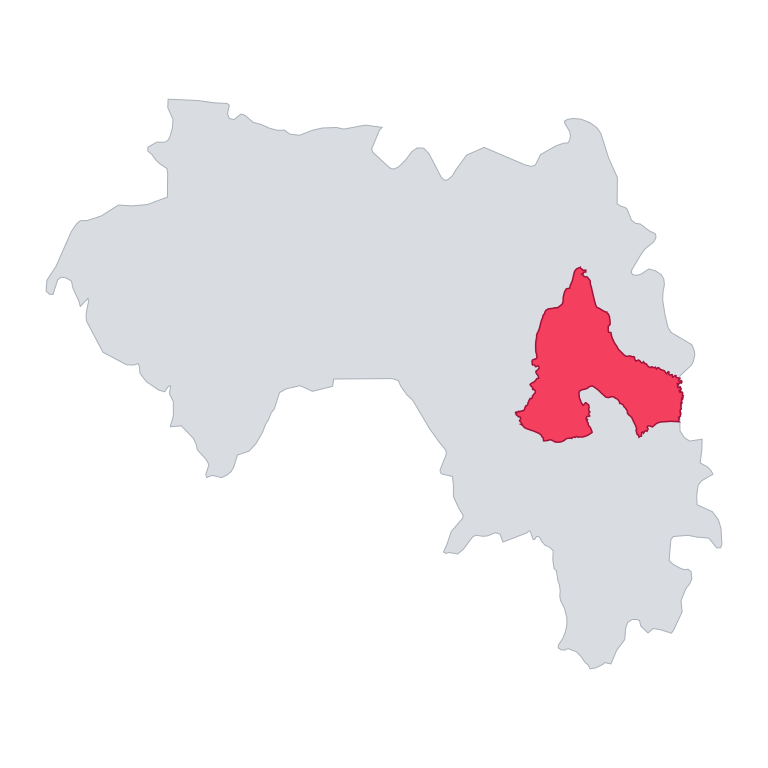 Kankan, Kankan, Guinea shown in context
{"feature_id": "49546643B29721322070698", "entity_name": "Kankan", "entity_type": "district", "adm_level": 2, "iso_a3": "GIN", "parent_name": "Guinea", "parent_adm1": "Kankan", "projection": "robinson", "projection_center": [-9.056, 10.226], "detail": "fine", "context": "in_parent", "style": "filled", "palette": "rose", "viewbox_px": 768, "rotation_deg": 0, "n_neighbors": 0, "source": "geoboundaries", "source_scale": "gbopen_adm2", "svg_char_len": 9749}
<svg xmlns="http://www.w3.org/2000/svg" viewBox="0 0 768 768"><path d="M482.9,536.3L475.9,535.2L472.7,536.8L463.4,549.2L457.7,554.0L449.0,552.5L445.8,553.4L443.5,552.0L446.7,545.1L451.2,531.6L462.8,518.0L463.0,515.2L458.3,507.2L453.4,496.4L453.4,484.8L452.4,476.4L442.3,474.1L440.4,472.7L440.1,469.8L445.9,455.4L446.3,452.4L445.6,449.8L439.4,442.4L429.6,428.7L412.9,400.5L406.7,394.6L400.7,386.0L398.4,380.6L392.2,378.6L333.7,379.0L332.6,386.3L312.5,391.3L300.0,385.6L286.2,388.9L279.5,392.6L274.3,409.0L271.3,412.6L268.4,419.9L265.7,424.0L262.6,432.1L256.0,443.6L249.1,451.1L237.4,455.1L233.7,467.3L231.0,471.8L226.5,475.3L221.6,477.6L212.1,475.3L206.7,477.5L205.8,474.4L208.9,464.8L206.4,459.8L197.3,449.8L196.4,445.0L193.6,438.7L181.5,425.9L170.2,426.7L173.4,415.9L173.3,401.6L169.5,393.8L170.5,385.8L168.4,386.3L164.6,391.8L158.5,390.0L146.2,381.5L140.0,373.3L139.3,366.2L138.0,363.5L134.2,365.0L126.5,364.8L103.0,352.3L86.4,320.9L86.1,313.8L88.5,301.6L88.0,298.3L80.3,306.4L78.8,300.9L73.0,288.3L71.4,281.0L65.7,277.8L61.2,277.2L57.7,279.7L53.0,294.4L49.6,294.3L46.1,291.2L46.9,280.2L56.0,266.4L71.3,231.6L76.8,223.6L80.2,220.8L87.4,220.5L101.4,215.9L118.5,205.0L131.6,205.9L147.1,204.6L167.4,197.1L167.7,173.7L167.0,168.6L159.9,163.9L155.7,159.8L152.1,154.7L147.8,151.0L147.9,147.1L156.9,142.1L165.1,142.2L167.9,140.3L169.9,136.9L172.3,128.5L173.1,119.6L167.8,107.7L168.1,99.2L197.7,100.5L214.0,102.8L227.2,103.5L229.3,105.4L227.5,113.6L229.2,118.4L233.7,119.7L241.1,114.0L245.0,115.3L253.3,122.4L261.0,124.4L269.4,128.2L277.3,130.3L284.4,130.1L289.7,134.1L299.6,135.3L312.3,130.3L322.4,128.0L336.4,127.5L343.8,129.1L365.3,125.1L382.1,127.4L379.5,130.1L371.7,148.8L372.6,152.1L389.7,167.9L393.8,169.1L398.5,167.0L405.9,159.6L411.7,151.7L417.3,147.9L423.8,148.2L429.0,153.7L441.2,177.2L444.3,180.1L447.2,180.1L452.5,175.7L455.3,170.6L466.6,155.1L484.1,147.4L525.6,165.1L531.7,166.4L535.3,165.1L540.5,154.6L556.2,145.7L563.7,143.2L568.0,142.9L569.6,140.1L570.4,135.8L569.6,131.4L564.8,123.4L564.6,121.1L567.4,119.5L573.3,118.4L581.1,119.2L589.8,122.6L596.8,127.6L600.9,133.5L608.7,158.2L617.4,177.6L617.1,203.7L621.0,206.3L625.2,207.4L627.2,209.4L631.5,220.2L635.5,223.3L640.3,224.0L649.3,230.9L655.1,233.6L655.9,235.7L655.7,238.5L653.4,242.1L644.7,249.3L640.4,255.4L631.6,270.2L631.3,272.9L633.2,274.9L636.9,275.3L640.8,274.3L648.9,268.9L655.4,270.8L661.5,274.9L663.8,279.1L664.4,284.7L663.0,292.0L662.7,300.0L664.8,313.8L668.0,327.5L671.3,332.6L691.8,344.7L693.8,349.2L694.9,354.3L693.4,361.3L691.3,365.2L680.0,375.9L678.3,381.1L679.2,390.6L680.0,430.9L684.4,437.7L689.7,441.1L702.1,439.2L701.8,450.4L700.1,462.9L707.3,466.8L711.0,470.6L713.0,474.2L701.6,480.8L698.3,484.7L696.7,495.2L697.1,504.8L712.5,511.8L718.4,519.8L721.0,528.3L721.9,544.1L720.6,547.8L716.6,547.8L708.8,538.1L696.9,537.1L688.1,535.3L673.4,536.5L670.9,539.4L669.1,560.5L672.7,564.0L679.7,568.0L684.3,569.7L688.2,569.2L691.1,571.8L691.8,578.8L689.7,583.8L685.9,588.6L681.0,600.7L682.1,611.9L673.8,629.7L671.4,633.2L660.4,629.7L653.2,628.5L648.0,633.0L640.8,626.1L639.5,620.6L636.9,619.5L632.1,619.5L627.6,622.5L625.7,628.1L624.7,639.6L616.6,650.4L610.9,663.9L604.4,662.6L603.0,664.3L596.0,667.8L590.0,668.8L588.4,665.1L584.9,662.2L581.0,656.5L576.6,651.9L568.1,648.6L564.8,650.1L560.8,649.7L558.2,647.9L558.5,645.1L563.0,638.1L565.5,631.6L566.9,624.6L566.9,617.9L564.5,608.4L560.7,600.9L559.8,596.5L560.2,590.3L559.4,584.5L558.1,581.5L556.3,570.6L554.1,568.6L552.8,559.8L553.2,550.8L549.9,547.4L544.8,545.0L541.7,541.4L539.9,537.5L538.0,536.4L536.4,536.6L535.0,539.1L533.2,539.6L530.2,531.2L529.0,530.8L526.9,532.8L503.0,542.1L500.0,534.2L495.4,532.7L487.5,535.9L482.9,536.3Z" fill="#d9dde1" stroke="#a8b0b8" stroke-width="1"/><path d="M679.1,421.7L678.5,421.1L679.0,419.1L679.4,418.6L679.3,418.4L678.6,417.6L678.6,417.3L679.1,417.3L679.5,416.7L680.3,416.2L680.4,415.1L680.8,414.3L680.8,413.8L680.6,413.3L680.0,413.0L680.1,412.8L680.6,412.8L680.7,412.6L680.3,411.7L680.3,411.0L680.0,410.5L680.5,409.4L681.1,409.3L681.3,408.7L680.9,406.5L681.2,405.9L680.7,405.2L681.2,404.0L680.6,403.5L680.8,403.1L682.0,403.0L682.1,402.8L681.5,401.3L681.5,400.1L682.5,399.6L682.5,399.4L681.7,398.7L681.7,398.4L681.9,397.9L682.8,398.3L683.0,397.7L682.9,396.8L683.2,395.7L682.7,395.7L682.3,395.3L682.2,395.1L682.6,394.4L682.5,394.0L682.7,393.3L682.5,392.5L682.1,392.1L681.8,391.9L681.3,392.0L680.6,392.3L679.9,392.2L679.4,391.8L679.3,391.4L679.6,390.2L679.8,390.1L680.3,390.5L680.5,390.7L681.1,389.0L681.1,388.6L680.8,388.1L680.2,387.7L680.4,387.2L680.3,386.9L679.5,386.9L678.5,387.7L678.2,387.8L677.8,387.4L677.4,385.9L677.6,385.4L678.3,385.1L678.6,384.8L678.5,384.6L677.3,384.0L677.2,383.8L677.5,383.4L678.9,383.6L680.6,382.8L681.2,383.1L681.5,383.0L681.7,382.7L681.8,381.3L681.4,380.7L680.9,380.7L679.8,381.5L679.4,381.4L678.8,380.9L678.6,380.4L678.7,380.0L679.0,379.7L679.9,379.1L680.0,378.3L678.4,377.9L677.1,377.8L676.0,376.9L676.0,375.7L675.3,375.5L672.6,377.1L672.1,375.7L672.3,374.8L671.6,374.6L669.7,375.0L668.8,374.4L669.1,372.2L668.3,371.7L667.7,372.2L666.7,373.8L665.7,372.8L664.6,371.0L663.5,370.4L661.6,369.9L660.0,369.1L658.6,367.6L657.3,368.0L656.4,369.0L655.4,367.2L654.8,367.5L653.1,367.7L652.3,366.8L651.4,366.8L650.4,367.6L649.1,367.0L647.4,365.6L646.4,363.9L645.1,363.8L643.5,361.7L642.6,362.8L641.4,362.8L640.0,361.0L638.6,360.0L635.9,361.0L635.9,360.6L635.3,360.3L634.5,358.7L634.6,357.3L633.7,356.6L632.0,356.8L630.8,356.1L629.2,355.9L627.2,356.4L625.3,355.9L623.7,354.6L618.5,349.4L617.7,348.0L616.8,346.3L614.4,342.8L612.0,337.5L611.5,335.6L610.9,332.5L610.1,332.4L609.5,332.5L608.7,332.3L608.7,332.1L608.4,331.8L608.4,331.1L608.2,330.6L608.3,330.2L608.2,329.8L608.3,327.9L608.2,326.8L608.1,326.4L609.4,325.2L610.1,324.5L610.0,320.9L609.5,317.0L608.9,315.3L608.3,313.9L607.0,313.0L606.9,312.1L605.1,311.8L601.5,309.8L599.7,308.6L596.7,307.2L595.5,304.6L595.2,303.1L594.6,301.3L591.9,289.6L591.3,286.9L590.5,284.5L590.1,280.6L587.2,277.0L584.2,276.5L581.7,274.2L583.1,273.9L583.6,272.3L585.9,271.9L585.7,270.1L583.3,270.3L580.2,267.7L580.2,267.3L578.2,268.2L576.8,268.7L575.6,269.9L574.5,271.5L573.4,275.9L572.9,278.3L572.1,281.4L570.5,284.6L569.7,288.2L566.4,288.8L564.8,291.3L563.9,294.2L563.2,297.4L563.1,301.7L562.6,302.7L562.5,303.4L562.2,304.1L559.8,306.1L558.9,306.7L558.3,307.2L557.2,307.8L555.5,307.7L552.9,308.3L548.3,308.9L546.3,310.0L545.2,311.4L544.6,313.4L543.0,315.5L542.7,317.4L542.1,318.8L541.1,321.6L540.6,323.4L540.0,326.1L539.3,328.6L538.3,331.3L537.1,333.6L536.6,335.2L536.6,337.8L536.2,339.1L536.1,340.1L535.8,342.3L535.7,343.7L535.7,344.4L535.6,347.2L535.8,348.3L535.7,350.3L535.9,351.9L536.1,352.9L536.6,354.1L536.7,355.0L536.5,355.7L536.9,356.4L537.1,357.2L536.7,358.2L536.3,358.6L533.1,359.7L532.4,360.1L532.1,360.8L532.0,361.5L532.1,362.0L532.2,364.1L532.5,364.9L533.0,364.7L533.5,364.8L534.4,365.1L534.7,365.3L535.1,366.1L535.4,366.5L535.8,366.8L536.4,366.6L537.0,366.1L537.8,365.9L538.4,366.1L538.7,366.5L539.1,367.5L539.2,368.0L538.0,369.5L537.3,370.3L536.4,370.8L535.9,371.3L535.9,371.7L535.9,372.2L536.4,373.5L537.1,374.5L537.4,374.7L538.3,376.2L538.4,377.2L538.7,377.9L538.7,378.2L537.5,378.6L536.8,378.6L536.3,379.4L534.9,381.1L533.8,382.1L532.1,382.9L531.0,383.6L530.1,384.4L530.1,384.8L530.6,385.6L531.5,386.4L532.6,387.7L532.8,388.1L532.7,388.6L532.5,388.8L532.7,389.4L533.0,389.7L534.1,389.5L535.0,390.5L535.4,390.8L535.4,391.4L535.1,392.0L535.2,392.6L535.1,392.9L534.0,394.0L533.6,394.4L533.4,394.9L532.3,396.1L532.5,396.5L532.5,397.5L532.3,397.9L532.0,398.2L531.7,398.2L531.1,398.8L530.7,398.7L530.4,398.4L530.1,398.4L529.2,400.1L528.0,402.8L527.8,404.2L527.5,404.9L526.9,405.5L526.4,405.9L525.9,405.8L525.7,405.9L525.1,407.4L524.7,408.2L524.6,409.1L524.2,409.8L524.1,410.1L523.5,410.4L523.2,410.7L522.7,410.7L522.1,411.2L521.7,411.1L521.4,410.9L520.5,411.4L520.0,411.4L519.8,411.7L519.3,411.8L518.8,411.3L518.6,411.3L518.2,411.5L517.9,411.9L517.7,412.1L516.8,412.0L515.8,412.2L515.5,412.4L515.5,412.9L516.1,413.0L516.4,413.4L516.3,414.0L516.0,414.4L515.6,414.3L517.1,415.4L518.7,416.9L520.1,416.9L520.8,418.7L519.7,420.3L519.5,420.8L521.0,422.3L521.9,424.1L520.8,424.3L522.7,425.4L523.5,426.6L524.6,427.7L526.3,428.5L530.9,430.2L533.3,430.9L539.0,433.4L541.0,434.8L542.0,436.8L543.3,438.1L543.4,439.8L543.6,440.9L547.8,440.5L549.0,440.1L550.5,439.7L552.2,440.4L554.8,441.8L556.1,442.2L559.9,442.1L562.4,441.4L564.5,440.3L565.8,439.0L567.0,438.5L570.2,438.0L571.7,438.5L572.1,438.0L573.0,437.2L574.1,437.0L575.0,437.5L576.5,436.5L578.1,437.2L579.9,437.0L582.8,437.0L586.9,435.7L588.7,434.7L592.1,432.5L592.0,431.8L591.5,430.2L590.8,428.5L590.2,427.3L589.0,425.9L588.1,424.4L588.1,423.5L588.1,422.8L587.1,421.6L586.9,420.7L587.6,419.7L587.4,419.3L586.7,419.2L586.3,419.3L586.1,418.7L586.3,417.9L586.8,416.5L588.7,416.4L589.7,416.0L589.4,415.1L588.7,413.8L588.8,413.2L589.3,412.2L589.9,412.0L588.5,409.9L589.2,407.4L588.8,405.5L588.5,404.6L587.4,404.2L586.5,403.0L585.5,402.7L584.6,403.7L583.4,405.3L582.8,405.1L581.9,403.4L581.1,402.5L580.7,401.0L580.5,400.5L579.3,397.6L579.1,394.0L578.9,393.0L579.4,391.4L580.3,390.6L582.2,389.7L585.9,388.9L587.6,388.1L589.3,386.7L591.9,385.9L593.9,386.8L598.1,389.9L601.7,393.4L606.0,397.2L608.4,397.6L611.5,396.7L614.0,397.0L615.2,398.1L617.5,399.2L618.4,400.3L619.9,402.7L619.7,403.3L622.3,404.2L623.1,404.9L624.0,406.8L624.9,407.4L627.2,410.7L627.5,413.3L629.0,415.2L630.4,416.1L631.6,417.5L632.7,419.5L633.6,421.8L634.7,423.7L635.4,425.3L636.0,426.8L636.7,429.0L636.0,430.2L636.4,431.7L637.1,434.5L638.3,435.0L639.0,437.2L639.6,436.5L641.4,436.1L641.7,432.7L642.8,432.0L643.5,433.2L644.7,431.4L645.5,430.7L647.0,431.3L648.1,429.1L647.2,426.8L648.2,425.8L650.2,426.0L652.3,427.0L656.6,423.4L660.2,422.0L670.8,421.3L679.1,421.7Z" fill="#f43f5e" stroke="#9f1239" stroke-width="1.5"/></svg>